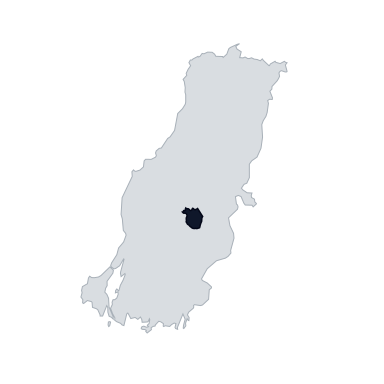 Aksaray on a map of Turkey (Natural Earth projection), rotated 293°
{"feature_id": "TUR-3021", "entity_name": "Aksaray", "entity_type": "Province", "adm_level": 1, "iso_a3": "TUR", "parent_name": "Turkey", "parent_adm1": "", "projection": "natural_earth1", "projection_center": [33.872, 38.466], "detail": "fine", "context": "in_parent", "style": "filled", "palette": "ink", "viewbox_px": 384, "rotation_deg": 293, "n_neighbors": 0, "source": "natural_earth", "source_scale": "10m", "svg_char_len": 4421}
<svg xmlns="http://www.w3.org/2000/svg" viewBox="0 0 384 384"><g transform="rotate(293 192 192)"><path d="M292.2,139.8L297.3,141.6L298.9,140.3L303.5,140.5L307.7,141.4L309.9,138.6L312.8,138.9L313.4,140.3L314.8,140.9L319.2,144.5L318.7,145.0L319.8,146.3L323.5,147.2L323.9,149.0L326.9,151.8L328.5,156.0L327.7,159.0L326.2,160.9L328.7,167.3L328.0,168.1L332.5,170.2L338.2,169.9L340.0,170.8L345.6,175.9L347.1,177.8L343.2,175.4L341.2,177.5L340.3,182.5L334.3,183.4L335.4,186.6L337.0,188.1L336.6,191.2L337.1,192.4L338.8,194.4L338.6,197.2L339.4,200.1L339.5,203.6L342.0,204.7L341.0,206.3L338.4,213.4L338.6,213.9L340.5,214.1L344.8,217.4L344.1,218.5L344.7,223.0L348.4,226.0L347.9,227.5L348.1,229.0L345.4,228.3L340.2,232.4L339.6,232.3L338.9,230.9L338.6,226.8L337.3,225.8L335.6,225.5L332.7,227.4L330.1,227.3L327.5,226.9L320.4,224.4L317.9,225.3L315.2,224.3L310.1,229.3L308.5,229.7L307.7,227.2L305.8,225.9L303.5,227.7L294.6,230.1L290.5,230.5L285.5,229.7L281.3,229.9L270.1,235.5L259.2,238.4L249.5,238.2L244.1,234.8L240.0,233.9L227.6,239.2L221.5,239.0L219.4,236.9L214.8,236.0L213.8,238.0L212.8,243.0L214.5,247.6L211.9,247.9L210.2,248.9L209.8,252.3L207.4,253.7L206.6,255.8L206.1,255.9L202.2,254.1L203.3,252.4L200.8,246.1L202.0,244.1L207.0,238.9L206.9,235.9L204.7,233.8L198.3,237.6L197.8,239.0L196.3,240.2L193.9,240.6L182.5,235.7L175.9,240.0L170.2,246.4L165.9,248.7L153.3,250.4L151.0,251.7L146.7,250.3L144.2,248.6L138.3,241.4L127.3,236.0L115.7,234.7L114.6,236.1L114.2,241.6L112.3,246.9L111.3,247.4L108.7,246.1L99.7,249.2L92.1,245.8L90.8,244.3L89.2,238.2L88.0,237.8L86.8,238.6L85.5,238.6L80.1,235.9L77.1,235.8L75.3,238.4L72.4,239.4L72.3,238.7L73.5,237.0L68.8,237.3L66.4,238.6L63.1,237.8L63.3,237.1L66.0,236.3L72.2,235.4L76.2,231.3L61.5,231.5L60.0,232.4L59.9,230.3L60.7,229.3L64.6,228.6L64.4,226.8L62.0,225.0L59.5,224.0L58.4,219.6L57.1,218.5L57.3,217.9L59.7,217.1L60.3,213.9L60.0,211.9L55.3,210.2L54.2,210.4L53.1,208.7L51.1,207.4L49.4,208.4L44.7,205.8L45.6,203.9L46.8,204.0L47.0,202.5L46.2,200.0L46.3,198.7L47.3,198.4L48.5,198.6L49.7,200.1L49.7,202.9L51.0,204.6L51.9,202.9L54.1,203.9L58.0,203.0L58.7,202.3L55.9,202.3L54.9,201.7L52.6,197.0L55.0,195.6L56.8,193.4L53.6,191.9L54.3,188.7L51.6,185.1L55.4,180.5L55.3,179.9L54.1,179.6L42.4,181.5L42.3,179.5L43.2,177.7L43.2,173.3L43.8,170.9L46.0,170.2L48.7,166.7L53.1,162.5L57.5,162.6L59.3,161.5L62.0,161.4L62.7,163.0L65.0,164.2L69.1,164.0L71.1,162.9L69.2,160.9L71.6,160.2L73.4,160.7L72.4,162.9L72.9,163.2L78.2,162.5L83.8,163.0L89.9,162.8L90.7,162.1L86.4,159.8L89.2,157.9L90.7,157.5L103.6,155.7L103.7,155.2L95.8,154.2L91.8,151.6L90.7,150.2L91.6,146.7L92.5,145.9L95.3,145.7L104.9,147.3L111.8,146.3L119.3,148.6L126.5,148.2L128.0,147.1L129.8,143.8L140.0,138.4L143.6,135.5L159.4,129.9L183.0,130.9L187.1,128.8L189.5,129.5L188.9,130.9L189.0,132.2L191.8,135.5L196.1,137.5L201.9,135.8L204.0,136.5L206.1,141.7L209.8,144.8L211.5,145.0L213.7,143.2L215.8,143.0L219.3,144.7L220.5,146.6L231.8,148.7L234.2,150.3L241.9,151.9L258.7,148.2L264.9,150.7L270.1,151.5L272.3,151.1L279.1,148.2L281.2,146.5L285.4,145.0L290.7,141.7L292.2,139.8ZM74.5,130.7L74.0,133.0L74.9,135.5L77.2,139.1L79.6,140.9L91.0,145.7L89.3,150.2L86.4,150.9L76.6,148.7L72.6,150.5L69.7,150.1L65.7,150.9L64.5,153.6L61.6,156.7L53.7,160.6L46.3,168.2L44.2,169.2L45.2,166.6L45.2,164.3L48.4,161.6L52.8,159.6L54.1,157.9L42.9,158.2L41.9,155.9L43.0,155.4L46.8,151.3L47.2,149.6L46.9,145.5L51.4,143.1L51.8,142.2L51.2,138.1L47.0,135.8L47.2,134.6L50.2,133.6L51.9,130.8L56.3,130.2L58.3,128.8L62.1,128.1L66.7,131.6L72.3,130.3L74.5,130.7ZM40.4,167.9L36.7,168.5L35.6,167.9L36.8,166.7L39.7,165.8L40.6,167.1L40.4,167.9Z" fill="#d9dde1" stroke="#a8b0b8" stroke-width="1"/><path d="M167.9,196.9L168.5,196.6L169.8,195.3L169.9,194.1L169.2,192.4L169.8,191.1L170.0,191.4L170.7,191.5L171.0,191.5L171.7,191.7L171.9,192.6L172.6,193.1L173.4,192.6L173.7,192.5L174.4,192.7L174.8,192.6L174.6,193.4L175.1,195.2L174.9,196.2L174.3,197.2L174.5,198.2L175.3,198.7L176.1,198.9L176.8,198.8L177.2,198.9L177.3,199.8L176.8,200.8L176.8,201.8L177.1,202.1L177.8,202.6L178.3,203.2L179.0,203.6L173.6,211.4L172.3,211.2L171.1,211.5L169.8,212.0L168.5,212.4L167.2,212.3L164.7,212.5L162.7,212.9L162.0,212.9L161.4,212.2L160.3,210.9L160.0,210.1L159.9,209.3L159.7,209.0L159.5,208.9L158.9,207.3L159.0,205.6L159.3,205.0L159.4,204.2L159.8,203.1L160.3,202.2L160.6,200.6L160.9,200.0L161.9,198.9L162.2,198.3L163.6,198.0L165.0,197.2L166.4,196.8L167.9,196.9Z" fill="#0f172a" stroke="#020617" stroke-width="1.5"/></g></svg>